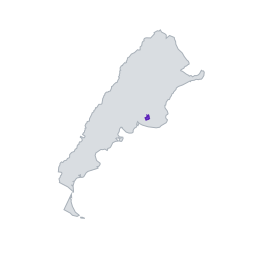 Laprida, Buenos Aires, Argentina shown in context, rotated 25°
{"feature_id": "61730980B44273379495612", "entity_name": "Laprida", "entity_type": "district", "adm_level": 2, "iso_a3": "ARG", "parent_name": "Argentina", "parent_adm1": "Buenos Aires", "projection": "mercator", "projection_center": [-60.782, -37.495], "detail": "fine", "context": "in_parent", "style": "filled", "palette": "violet", "viewbox_px": 256, "rotation_deg": 25, "n_neighbors": 0, "source": "geoboundaries", "source_scale": "gbopen_adm2", "svg_char_len": 3959}
<svg xmlns="http://www.w3.org/2000/svg" viewBox="0 0 256 256"><g transform="rotate(25 128 128)"><path d="M156.1,69.1L154.9,71.3L155.2,72.8L154.1,76.3L154.4,77.0L153.4,78.6L153.7,80.4L153.3,82.2L153.5,84.4L153.1,85.0L152.3,85.2L151.7,88.3L152.5,91.3L151.8,91.9L153.0,94.1L156.4,96.0L158.2,98.0L158.2,98.8L157.3,100.0L157.2,101.1L157.7,102.5L158.6,103.4L160.3,103.9L160.5,105.9L160.3,107.2L157.1,111.8L156.4,113.9L153.5,115.9L145.8,118.4L139.7,119.3L136.3,119.1L134.0,118.1L134.2,120.8L135.3,121.6L134.8,121.6L135.2,122.1L135.0,124.3L134.2,124.8L133.7,126.6L133.7,128.2L134.4,129.5L133.7,130.9L131.1,132.2L128.0,132.5L122.2,130.4L122.5,130.0L122.2,129.9L121.2,130.3L120.8,132.2L121.5,135.1L121.3,137.6L121.6,138.4L123.7,139.4L123.6,140.4L124.3,140.5L125.8,140.3L125.9,139.5L125.2,139.2L127.2,138.5L128.0,139.6L128.0,142.2L127.7,142.9L126.1,143.4L125.6,143.3L124.7,141.4L124.0,141.0L121.7,142.0L121.4,142.6L124.7,143.9L122.3,145.4L120.4,147.8L120.3,152.4L119.9,153.7L118.5,154.9L118.3,155.8L118.8,156.3L118.6,157.2L116.0,156.9L114.1,158.4L112.5,158.9L109.4,164.2L109.8,166.8L113.2,170.7L117.6,171.7L118.1,173.0L117.9,174.5L117.4,175.5L115.8,176.3L117.2,176.3L117.8,177.1L110.0,184.3L109.0,186.4L108.5,190.8L107.9,191.7L106.3,192.6L105.2,191.7L104.4,190.0L104.4,191.4L102.9,191.8L104.7,191.9L105.5,193.0L103.1,194.6L102.4,196.1L102.1,198.2L101.2,199.4L101.9,199.1L102.6,203.3L100.7,203.5L103.0,204.2L105.7,209.0L105.4,209.4L105.4,208.9L98.3,206.8L88.9,206.4L89.0,205.8L86.9,203.2L87.4,201.4L87.0,199.9L87.5,198.5L87.2,196.8L86.4,196.3L83.4,197.2L81.8,192.7L81.9,190.3L81.4,188.8L82.0,186.9L83.5,186.8L84.0,184.7L85.9,183.1L86.0,181.2L87.1,180.1L87.4,179.2L86.4,176.7L87.2,174.0L89.2,172.0L89.1,169.5L90.2,168.2L89.4,164.9L90.5,163.5L90.0,162.7L90.0,161.0L91.1,160.6L91.8,158.7L90.7,157.0L88.6,156.5L88.5,155.6L92.3,155.6L92.7,154.3L92.5,153.5L89.6,153.1L89.7,151.3L90.3,150.1L89.8,149.0L90.0,147.9L89.2,146.4L90.0,145.7L88.1,144.1L88.1,141.4L88.6,140.8L88.3,139.4L90.0,138.1L89.2,135.6L89.4,130.9L89.1,129.6L90.2,127.7L89.7,126.5L90.4,125.5L90.1,123.2L91.0,123.0L91.6,118.9L93.7,117.8L94.1,117.0L92.7,111.9L92.8,110.1L92.5,109.2L92.9,108.1L92.6,106.5L93.2,104.7L94.7,103.9L94.8,103.3L96.3,102.0L96.2,98.9L95.6,97.3L96.3,96.7L96.8,94.4L97.9,91.9L98.8,91.5L98.7,88.7L99.0,86.2L97.8,85.7L98.1,84.0L97.6,83.5L97.4,81.7L96.5,80.0L96.5,79.3L97.0,78.8L96.1,78.2L95.4,76.7L95.6,75.3L95.7,74.4L96.7,73.7L96.5,73.0L97.4,70.2L98.4,70.1L98.9,69.1L98.3,68.6L98.5,66.9L98.0,64.5L99.0,63.3L99.8,59.6L102.0,57.0L103.6,53.0L104.7,52.9L106.0,52.0L104.7,49.4L105.6,47.7L104.7,44.3L105.0,43.0L105.7,42.2L104.9,40.9L105.1,39.8L106.3,38.6L110.5,36.8L112.2,31.5L111.3,30.6L113.5,27.5L115.2,27.0L115.8,25.4L117.9,26.9L121.6,27.0L123.4,27.6L124.7,30.6L126.6,26.6L131.6,26.4L132.7,27.9L134.6,29.5L135.9,31.8L140.1,35.3L145.5,37.1L148.8,39.5L152.6,41.5L154.5,42.0L156.0,43.4L156.3,44.5L155.5,45.3L154.8,47.0L153.8,47.9L153.4,48.9L153.4,50.2L151.4,52.8L151.5,53.8L153.5,53.6L158.5,54.6L160.8,54.6L161.6,55.1L162.9,53.8L165.0,54.3L166.3,52.2L167.7,51.8L169.2,50.3L169.9,48.5L170.1,44.7L170.9,45.0L172.3,44.4L173.5,45.2L174.6,48.4L174.3,51.5L173.8,52.8L172.3,53.5L171.5,54.4L169.1,55.1L167.9,56.7L165.0,58.5L165.1,59.5L164.2,59.4L159.3,65.9L156.1,69.1ZM104.5,229.1L104.6,211.7L106.4,215.0L105.5,214.8L105.2,216.4L106.8,216.8L107.5,218.8L110.8,222.6L115.8,226.5L120.7,227.7L119.3,229.6L114.5,230.6L111.6,229.5L104.5,229.1ZM122.7,228.9L124.2,228.2L127.1,228.1L123.3,229.5L122.7,228.9ZM136.0,120.1L136.0,120.7L135.2,119.8L136.0,120.1Z" fill="#d9dde1" stroke="#a8b0b8" stroke-width="1"/><path d="M141.0,113.0L141.9,112.1L142.4,111.7L142.2,111.6L142.8,111.0L142.8,110.9L143.3,110.4L142.6,109.6L142.3,109.0L142.0,108.8L141.5,108.3L141.6,108.2L141.1,107.7L140.3,108.6L140.2,108.6L140.3,108.7L140.8,109.2L140.6,109.4L140.4,109.6L140.8,110.1L140.6,110.4L140.3,110.7L140.0,111.0L139.9,111.0L139.4,111.5L140.3,112.3L141.0,113.0L141.0,113.0Z" fill="#8b5cf6" stroke="#5b21b6" stroke-width="1.5"/></g></svg>